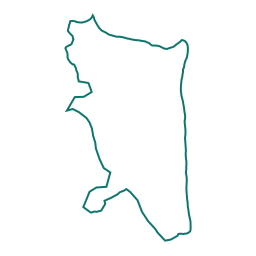 the district of Okigwe, Imo, Nigeria
{"feature_id": "59680162B88090020431393", "entity_name": "Okigwe", "entity_type": "district", "adm_level": 2, "iso_a3": "NGA", "parent_name": "Nigeria", "parent_adm1": "Imo", "projection": "equal_earth", "projection_center": [7.304, 5.82], "detail": "fine", "context": "isolated", "style": "outline", "palette": "teal", "viewbox_px": 256, "rotation_deg": 0, "n_neighbors": 0, "source": "geoboundaries", "source_scale": "gbopen_adm2", "svg_char_len": 3069}
<svg xmlns="http://www.w3.org/2000/svg" viewBox="0 0 256 256"><path d="M177.5,235.8L178.5,233.9L180.9,233.7L183.1,234.0L184.7,233.7L186.1,233.7L188.2,232.9L190.2,231.3L190.6,229.1L190.6,224.5L190.5,221.6L189.7,217.8L188.9,213.9L188.4,209.9L187.8,206.6L187.6,202.5L187.2,199.6L187.1,198.5L187.0,197.9L186.9,196.3L186.7,193.6L186.5,191.1L186.4,188.4L186.6,183.8L186.8,179.8L186.5,176.0L185.9,172.7L186.3,169.2L186.2,166.7L186.4,164.8L186.4,161.6L185.8,156.7L185.7,153.2L185.9,150.5L185.7,147.5L185.4,143.4L185.2,140.1L185.0,138.0L185.4,135.0L185.5,130.9L185.4,130.3L185.3,128.2L184.9,124.7L184.6,121.4L185.2,117.4L185.0,114.7L184.6,112.5L184.3,110.3L184.1,108.4L183.3,103.8L182.9,101.3L182.2,98.6L181.7,96.7L181.4,95.4L181.0,91.6L180.8,89.1L180.9,87.0L181.1,84.0L181.3,82.1L181.5,79.9L182.0,77.9L182.2,77.2L182.4,75.3L183.0,71.9L183.0,69.6L183.6,68.2L184.1,66.9L184.3,64.7L185.1,61.5L185.9,59.6L186.8,57.7L187.6,53.4L187.8,51.5L187.9,48.0L187.5,45.0L186.3,42.5L184.7,40.9L181.9,40.0L180.4,41.5L179.9,41.9L178.1,43.3L176.6,44.3L175.2,45.4L174.0,46.5L172.0,47.3L170.2,47.8L168.8,48.3L167.3,48.9L164.3,48.6L161.5,47.2L159.3,46.1L157.7,45.8L155.3,45.5L152.3,45.5L150.7,44.6L148.9,43.0L147.3,42.4L144.9,41.3L143.8,41.2L142.1,41.0L139.9,40.5L137.7,40.2L136.3,40.2L134.2,39.9L132.8,39.6L131.0,39.3L130.2,39.1L128.8,38.7L127.0,38.5L125.6,37.9L124.0,37.6L122.2,37.1L120.4,36.8L117.4,36.7L115.6,36.5L113.4,35.9L111.8,35.3L110.2,35.0L109.4,34.8L107.6,33.7L106.2,32.8L104.0,31.7L101.8,30.6L99.8,28.7L98.6,27.1L97.4,25.2L95.4,21.6L94.4,19.7L94.0,17.8L92.8,15.4L91.6,17.8L90.0,19.4L87.6,20.7L86.0,21.5L84.2,22.0L81.7,22.6L78.5,22.3L78.4,22.3L76.7,22.1L75.3,21.4L72.7,20.9L71.3,21.0L70.3,21.1L69.9,22.8L69.7,23.7L69.2,24.5L69.0,25.4L68.9,26.6L68.4,28.1L68.3,29.0L68.2,29.2L68.0,30.3L68.0,31.1L68.4,31.5L68.9,32.2L70.0,33.5L70.9,34.4L71.9,35.4L72.5,36.0L73.1,38.6L73.4,39.3L73.0,40.3L72.7,41.3L72.2,42.3L71.9,43.2L71.5,43.9L71.1,44.4L70.4,44.9L69.6,45.1L69.2,45.4L68.5,45.7L67.8,46.0L67.3,46.4L66.3,46.9L65.9,47.4L65.6,47.8L65.4,48.2L65.9,49.3L66.3,50.4L66.6,51.2L66.9,51.9L67.3,52.8L67.4,53.4L67.5,54.0L67.6,55.0L67.5,56.2L67.5,56.9L67.6,57.7L67.8,58.2L68.0,58.5L68.1,59.0L68.6,60.0L69.1,60.6L69.8,61.8L70.5,62.5L71.0,63.0L71.5,63.3L71.8,63.7L72.3,64.1L72.9,64.4L73.6,64.5L74.2,64.6L74.5,65.2L74.8,66.0L75.3,67.1L75.8,67.7L76.0,68.6L76.1,69.4L76.4,70.5L76.7,71.2L77.2,72.2L77.5,72.8L77.6,73.4L77.7,73.9L77.8,75.2L77.8,76.1L77.7,76.9L77.8,77.8L78.0,78.5L78.3,79.3L78.5,79.8L78.6,80.3L78.6,80.7L78.7,81.4L80.2,81.6L82.7,82.0L84.9,82.4L86.7,82.7L87.9,82.9L88.6,83.3L91.7,92.0L83.8,96.8L74.8,97.1L66.9,110.6L72.7,109.0L73.9,109.6L79.0,112.2L86.5,118.0L89.5,122.4L91.9,128.4L93.2,136.0L95.3,142.8L95.9,148.5L99.6,159.2L103.7,168.0L110.3,172.5L106.4,186.8L96.4,187.5L89.6,191.7L83.3,207.1L90.4,212.3L91.6,212.5L94.5,211.5L96.5,211.8L101.1,210.7L105.2,204.0L104.5,200.8L111.1,197.8L117.3,194.5L120.1,192.1L124.3,190.5L126.4,189.1L130.4,192.2L137.5,200.2L142.0,211.8L147.9,220.9L155.2,228.9L157.6,232.6L165.1,240.6L170.7,239.6L177.5,235.8Z" fill="none" stroke="#0f766e" stroke-width="2"/></svg>